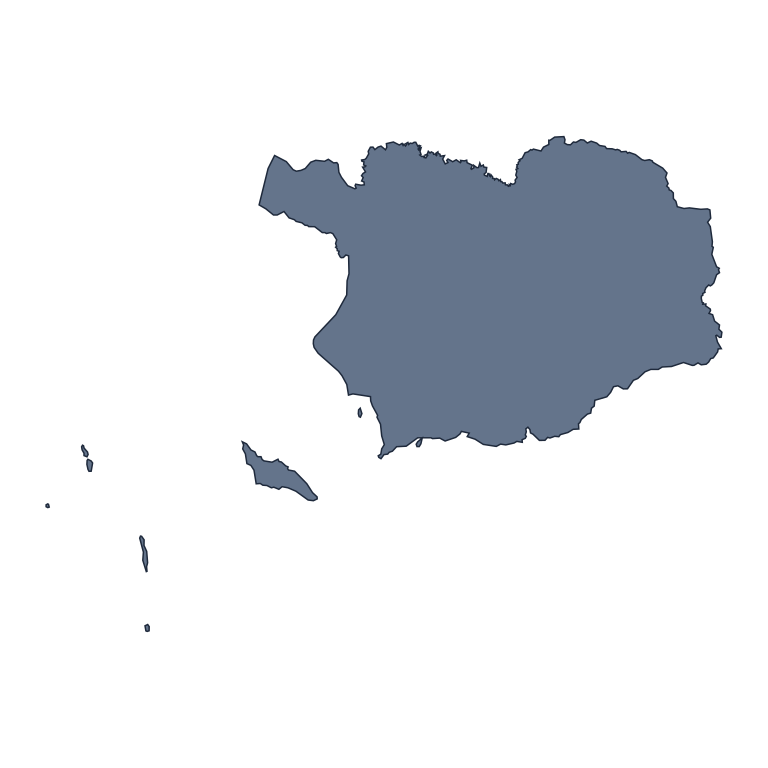 outline of Palian, Trang, Thailand
{"feature_id": "78962969B78626078629427", "entity_name": "Palian", "entity_type": "district", "adm_level": 2, "iso_a3": "THA", "parent_name": "Thailand", "parent_adm1": "Trang", "projection": "mercator", "projection_center": [99.742, 7.175], "detail": "fine", "context": "isolated", "style": "filled", "palette": "slate", "viewbox_px": 768, "rotation_deg": 0, "n_neighbors": 0, "source": "geoboundaries", "source_scale": "gbopen_adm2", "svg_char_len": 6113}
<svg xmlns="http://www.w3.org/2000/svg" viewBox="0 0 768 768"><path d="M348.5,395.1L352.9,393.9L370.5,396.6L370.7,400.9L372.5,406.0L377.6,415.3L377.0,417.2L380.5,424.2L381.7,435.9L384.3,444.6L381.7,448.9L380.8,454.2L378.2,455.8L378.8,457.4L381.0,458.7L384.0,454.6L387.7,454.1L389.2,452.3L392.4,451.2L396.6,446.7L406.2,446.2L417.7,437.8L431.0,437.8L432.5,438.6L439.7,438.1L445.1,441.0L455.7,437.4L460.0,433.9L461.4,431.4L469.2,433.1L467.2,436.6L475.1,439.2L483.3,444.4L496.3,446.4L500.6,444.1L505.8,444.9L514.1,443.0L516.8,441.4L522.3,442.3L522.1,439.7L525.3,438.3L526.3,436.4L525.3,434.9L526.3,431.8L525.8,428.9L527.9,427.2L529.9,429.5L530.5,432.9L533.0,434.2L539.4,440.4L545.0,440.3L547.6,437.4L550.0,438.0L554.7,436.3L558.8,436.7L560.4,434.6L567.9,432.5L573.2,429.3L578.8,429.0L578.5,423.7L579.9,422.6L581.3,419.5L587.4,414.1L590.7,413.1L591.5,408.2L594.2,406.1L594.8,400.3L606.8,396.8L610.6,392.4L613.5,386.7L617.9,385.8L623.3,388.9L627.5,388.8L633.4,380.3L637.8,378.5L645.0,371.8L650.8,369.4L658.3,369.4L662.2,367.0L671.5,366.5L683.5,362.5L692.3,365.4L694.0,365.3L698.0,362.9L701.2,364.8L706.2,364.2L708.6,362.1L710.7,358.6L713.3,357.9L717.6,351.9L718.2,348.9L721.3,348.7L717.5,342.1L715.8,335.7L716.8,335.2L719.6,337.4L721.2,337.2L721.9,332.2L718.9,329.2L719.5,325.0L714.6,321.1L712.6,314.7L709.0,313.4L710.5,310.7L710.3,309.1L705.6,305.8L705.9,304.0L702.8,304.2L703.3,302.8L702.2,302.5L701.3,298.5L701.4,296.2L702.9,295.1L702.7,293.5L705.0,292.3L704.6,291.0L706.0,287.7L708.7,285.0L710.3,285.9L711.9,284.9L713.8,282.8L716.6,274.7L719.5,272.7L718.5,269.7L719.3,268.3L716.6,266.8L711.8,254.3L713.3,247.3L712.0,246.3L712.4,241.8L710.3,226.6L707.6,222.2L710.7,218.2L709.9,209.9L707.4,208.9L700.8,209.3L689.4,207.9L684.0,208.5L677.3,206.7L675.9,201.3L673.4,198.6L673.3,192.9L671.0,190.5L669.2,189.9L668.9,188.1L666.7,186.1L668.1,183.6L665.5,177.4L667.0,173.0L662.7,168.1L652.9,162.3L652.3,160.9L649.4,159.7L644.7,160.5L642.0,159.7L635.4,154.6L629.2,152.4L627.6,153.2L626.1,151.4L621.1,151.8L619.7,150.3L617.2,149.4L615.7,149.9L612.2,148.8L606.6,148.6L605.0,146.4L599.5,145.5L596.7,143.1L591.1,141.2L587.3,143.0L583.9,140.1L580.7,139.7L576.0,142.4L573.4,142.0L570.5,144.8L567.2,144.6L564.4,143.0L565.0,139.7L563.9,136.6L554.7,137.1L550.0,140.3L548.8,140.2L548.8,144.5L543.5,147.1L541.0,151.0L533.4,149.1L531.9,150.1L530.7,149.6L528.0,151.9L525.1,152.7L522.2,158.3L519.0,159.8L520.0,160.8L518.2,162.4L518.3,164.2L516.8,164.8L517.3,166.2L516.6,167.1L517.8,168.6L516.0,169.3L516.8,171.3L515.8,175.1L517.1,177.5L515.1,180.1L515.5,181.9L514.6,183.6L512.8,184.3L510.6,183.5L510.3,185.3L509.4,184.7L509.6,185.8L508.4,185.6L508.7,186.8L507.4,184.9L505.4,184.8L505.2,182.9L502.7,183.0L501.9,181.6L500.7,181.6L500.4,179.6L498.9,180.7L498.1,179.3L496.2,178.4L494.6,179.8L494.3,178.6L492.6,178.4L492.7,177.0L490.9,174.7L490.4,176.5L489.6,175.8L489.0,173.6L487.9,173.5L487.2,176.4L484.4,175.1L484.2,174.0L486.1,172.4L486.7,167.5L483.9,167.1L483.3,165.0L481.0,166.3L479.8,163.1L478.5,167.5L477.0,167.7L473.8,165.4L473.9,167.8L471.5,169.3L470.9,168.7L472.4,165.2L467.1,162.7L466.7,160.2L464.3,160.9L460.6,160.4L461.0,161.8L460.3,162.7L456.2,159.8L452.7,161.7L448.0,159.0L446.7,160.4L448.0,162.6L445.2,163.9L442.7,159.1L444.5,155.6L440.3,156.2L440.0,154.3L438.2,153.4L437.9,151.8L436.0,153.2L436.9,155.0L436.4,155.6L435.1,154.1L433.6,154.3L433.4,153.0L431.3,151.9L430.0,153.0L428.3,151.3L427.3,154.1L425.7,154.8L427.6,155.4L425.9,157.9L424.1,157.5L424.7,156.1L421.7,156.5L419.8,155.0L421.0,154.4L420.0,151.4L421.1,147.8L419.0,148.6L419.2,150.7L418.1,149.0L420.5,145.9L419.1,145.3L417.9,146.4L415.8,142.3L414.1,142.3L412.2,143.5L410.2,143.1L408.7,144.5L407.9,142.4L405.7,143.7L406.6,144.5L405.5,146.0L403.9,144.2L403.1,145.4L402.1,143.4L399.3,145.0L393.4,142.0L386.4,143.6L386.8,147.3L385.5,149.8L381.0,146.1L378.0,147.1L374.9,149.6L373.0,147.1L370.4,147.2L368.2,151.3L368.7,153.9L366.2,158.3L364.8,159.5L361.6,160.0L361.8,161.1L364.0,161.9L363.6,164.9L365.8,166.0L364.9,166.9L362.6,167.1L365.5,171.9L363.0,173.5L361.5,175.7L363.2,177.5L361.6,181.0L364.0,182.0L364.3,184.8L361.0,185.2L355.7,184.2L355.1,185.7L356.2,188.1L354.9,188.8L347.7,185.7L341.4,177.2L338.9,172.3L338.1,164.4L336.8,162.6L333.6,162.9L328.3,159.3L324.6,161.3L315.8,160.3L310.7,162.2L305.3,168.5L300.9,170.4L296.3,171.2L293.1,169.7L286.3,161.6L274.6,155.5L268.1,168.5L259.1,204.9L265.8,208.8L273.5,215.0L277.2,215.0L284.0,211.5L289.1,217.9L294.4,219.7L296.1,221.4L301.9,222.8L305.1,225.3L307.5,225.4L308.7,226.6L314.7,226.7L322.3,232.6L325.0,232.6L326.4,233.5L330.4,232.6L332.8,233.6L336.7,239.8L335.6,243.6L336.6,246.3L335.6,247.2L337.2,248.7L337.2,250.6L339.1,251.3L338.4,253.5L340.2,256.9L341.2,257.7L343.4,257.5L345.9,255.0L348.6,255.8L349.0,273.7L347.1,280.8L346.7,295.0L335.8,314.7L314.9,336.9L313.5,340.0L313.3,343.7L314.1,347.4L318.2,353.3L338.5,371.2L342.0,375.7L346.8,384.5L348.5,395.1ZM246.6,443.9L242.3,441.8L243.6,445.0L242.7,448.9L245.4,453.9L246.9,463.6L250.9,465.4L254.0,470.2L256.2,483.8L260.3,483.5L262.8,485.2L266.9,485.5L271.4,487.8L273.8,487.2L278.9,489.3L282.1,486.7L288.0,487.8L295.9,491.2L308.1,500.0L313.4,500.7L317.2,498.9L317.1,496.9L312.5,492.6L306.8,483.7L294.6,471.2L288.5,470.0L287.6,468.7L288.1,466.9L285.7,465.9L281.4,462.0L279.0,461.5L278.0,459.2L272.1,462.2L264.0,460.9L262.1,459.5L261.0,456.7L257.9,456.7L256.7,455.7L255.0,452.0L251.0,450.0L246.6,443.9ZM147.0,571.3L146.6,566.7L147.6,562.8L146.7,551.4L144.0,545.5L144.1,539.8L141.6,536.3L140.5,536.1L139.7,538.1L143.4,552.1L142.8,560.3L146.3,571.6L147.0,571.3ZM89.0,471.3L91.2,471.2L92.6,463.0L91.2,461.0L87.9,459.3L87.1,460.5L86.9,464.4L88.0,469.4L89.0,471.3ZM87.0,456.8L88.1,454.5L87.5,452.0L84.1,448.1L83.5,445.7L82.5,445.2L81.6,446.8L82.1,449.9L84.0,453.2L84.0,455.6L87.0,456.8ZM419.2,446.6L420.9,443.8L422.2,438.1L417.7,441.8L416.2,444.2L417.0,446.6L419.2,446.6ZM360.4,417.2L361.9,413.6L360.2,408.2L358.6,409.9L358.3,413.8L359.1,416.6L360.4,417.2ZM147.2,631.4L149.1,630.8L149.2,626.6L147.7,624.5L145.0,625.8L145.9,630.9L147.2,631.4ZM49.2,507.1L48.5,504.3L47.7,503.9L46.1,504.8L46.1,506.7L47.8,507.6L49.2,507.1Z" fill="#64748b" stroke="#1e293b" stroke-width="1.5"/></svg>